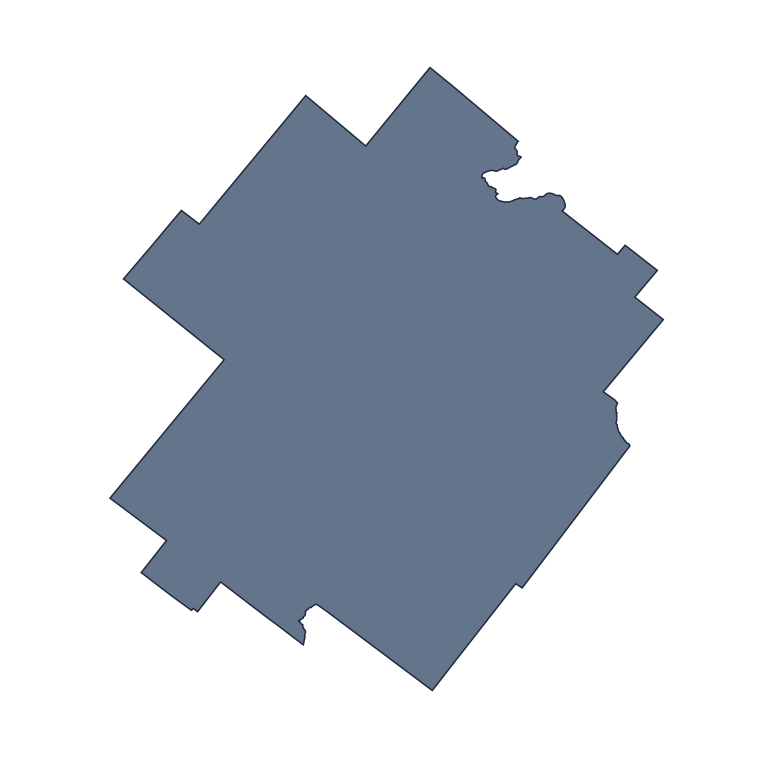 outline of Junín, Buenos Aires, Argentina, rotated 84°
{"feature_id": "61730980B70981491758335", "entity_name": "Junín", "entity_type": "district", "adm_level": 2, "iso_a3": "ARG", "parent_name": "Argentina", "parent_adm1": "Buenos Aires", "projection": "natural_earth1", "projection_center": [-61.022, -34.547], "detail": "fine", "context": "isolated", "style": "filled", "palette": "slate", "viewbox_px": 768, "rotation_deg": 84, "n_neighbors": 0, "source": "geoboundaries", "source_scale": "gbopen_adm2", "svg_char_len": 4365}
<svg xmlns="http://www.w3.org/2000/svg" viewBox="0 0 768 768"><g transform="rotate(84 384 384)"><path d="M349.1,99.5L323.9,125.5L299.6,100.3L271.2,129.7L279.4,138.3L230.6,188.7L230.3,188.1L229.7,187.6L228.4,186.3L227.5,185.6L225.9,185.1L223.9,185.1L222.5,185.5L220.6,185.8L218.9,186.5L216.9,187.4L216.0,188.2L215.2,188.9L214.7,190.2L214.7,191.5L214.6,192.5L214.2,193.6L213.5,194.6L212.5,196.1L212.0,197.6L211.6,198.9L211.4,200.4L211.7,202.0L212.5,203.3L213.4,204.4L214.0,205.7L214.2,206.7L214.0,207.8L214.0,208.9L213.8,209.8L214.5,210.9L215.4,212.4L215.9,213.4L215.9,213.9L215.8,215.1L215.5,215.9L214.8,216.6L214.4,217.6L214.3,218.3L213.9,219.0L213.6,219.9L214.0,220.8L214.2,221.7L214.1,223.1L214.0,224.7L214.1,226.6L213.6,228.4L213.0,229.4L213.8,231.3L214.1,232.7L214.4,234.8L215.0,236.3L215.5,237.8L215.8,239.5L216.0,241.8L215.7,243.1L215.6,244.7L215.3,246.0L214.8,247.4L214.4,248.4L213.8,250.0L213.4,250.9L212.5,251.7L211.9,252.2L211.0,252.7L210.2,253.2L209.4,253.6L208.6,253.4L208.0,252.7L207.7,252.3L207.1,251.9L206.9,251.2L206.7,250.8L206.2,251.3L206.0,251.9L205.6,252.5L205.0,253.1L204.2,253.0L203.4,252.5L202.4,252.3L201.6,252.8L201.1,253.7L200.6,254.6L200.0,255.6L198.9,256.8L198.6,257.9L198.2,259.1L197.4,259.7L196.3,259.9L195.1,260.3L194.3,260.8L193.4,261.6L192.3,262.1L191.3,262.0L190.5,262.0L189.7,262.6L189.2,263.3L189.4,264.1L189.5,265.1L188.7,265.0L187.8,264.8L186.9,264.7L185.8,264.3L185.2,263.8L184.7,262.7L184.2,261.6L183.8,260.4L183.5,259.0L182.9,256.9L182.8,255.2L182.9,253.9L183.4,252.4L183.9,251.1L184.2,249.6L183.9,248.5L183.3,247.5L183.1,246.1L182.7,244.7L182.2,243.9L181.9,242.9L182.4,242.4L182.9,241.8L183.2,240.9L183.2,240.1L183.0,239.4L182.4,237.8L181.6,236.0L181.0,234.5L180.5,233.1L180.0,231.6L179.5,230.1L178.8,228.9L177.3,227.9L175.9,227.2L174.7,226.3L174.3,225.8L173.7,224.9L172.6,223.9L172.0,224.6L171.7,225.6L171.3,226.2L170.7,227.1L169.5,227.8L168.2,227.4L167.1,227.3L165.7,227.5L164.6,228.1L164.0,228.8L163.5,229.2L162.9,229.2L162.2,229.0L161.3,228.7L160.5,228.2L159.6,227.5L158.8,226.7L158.4,226.4L157.2,226.1L156.9,225.7L156.7,225.1L97.2,282.3L74.1,305.2L145.4,377.3L89.0,431.7L205.7,551.0L190.2,567.4L222.4,600.7L252.3,632.1L343.2,540.5L468.9,668.5L516.9,616.7L546.2,645.2L572.7,617.2L589.0,599.1L587.2,597.2L591.0,593.2L563.8,567.2L603.3,525.5L614.8,512.9L635.0,491.6L634.4,491.3L633.5,491.0L632.6,490.7L631.6,490.4L630.5,490.2L629.2,489.6L628.3,489.5L627.3,489.1L626.5,488.9L625.9,489.0L624.9,489.1L623.9,488.6L623.1,488.0L622.1,487.9L620.8,488.3L620.1,488.3L619.8,489.1L619.4,489.5L618.6,489.4L618.0,489.5L617.4,489.9L616.4,490.1L615.2,489.9L614.7,490.0L614.3,490.8L613.7,491.6L613.0,491.9L612.2,492.2L611.7,492.4L611.7,493.0L611.1,493.7L610.7,493.4L610.4,492.9L610.2,492.2L609.4,492.0L609.2,491.2L609.2,490.5L608.7,489.6L608.2,488.8L607.5,488.6L606.8,488.4L606.5,487.8L606.5,487.2L605.8,486.7L605.0,486.4L604.2,486.0L603.5,485.9L602.8,486.0L602.2,486.0L601.7,485.8L601.4,485.4L601.2,484.9L600.7,484.4L600.6,483.8L600.1,483.1L599.6,482.7L599.2,482.2L598.8,481.9L598.7,481.3L598.7,481.0L598.7,480.3L598.6,479.6L597.9,479.0L597.5,478.7L597.4,478.2L597.0,477.7L596.8,477.1L596.7,476.5L596.6,476.0L596.3,475.5L596.1,475.0L596.1,474.6L596.0,474.1L603.4,465.5L693.9,368.0L668.3,343.4L596.4,273.9L601.3,267.9L471.2,145.9L470.9,146.1L470.6,146.3L470.2,146.3L469.8,146.3L469.5,146.6L469.1,146.7L468.8,147.0L468.8,147.4L468.5,148.2L468.1,148.7L467.5,149.0L467.1,149.2L466.8,149.4L466.1,149.7L466.0,150.1L465.7,150.2L465.5,150.5L465.2,150.8L464.9,150.7L464.5,150.9L464.3,151.3L463.9,151.4L463.4,151.4L462.8,151.7L462.4,151.8L462.0,152.2L461.6,152.7L461.0,153.2L460.4,153.5L459.8,153.8L459.1,153.9L458.4,154.2L458.0,154.2L457.3,154.7L456.8,155.0L456.0,155.4L455.4,155.7L454.6,155.8L453.7,155.9L453.0,156.0L452.2,156.2L451.6,156.3L451.1,156.5L450.0,156.5L449.3,156.3L448.5,156.5L448.2,156.9L447.6,157.3L447.2,157.4L446.6,157.2L445.5,156.8L445.1,156.6L444.6,156.4L443.7,156.3L443.0,156.2L442.2,156.3L441.6,156.0L440.8,155.9L439.7,155.8L439.1,155.9L438.5,156.2L437.9,155.8L437.6,155.3L437.2,155.3L436.7,155.6L435.8,156.1L435.0,155.9L434.1,155.8L433.4,155.8L432.8,156.1L432.3,156.0L431.7,155.8L431.2,155.8L430.7,155.5L429.8,155.0L429.3,154.9L428.7,154.7L428.4,154.3L427.9,153.9L427.2,153.8L426.6,154.2L426.0,154.8L425.3,155.2L424.7,155.6L424.3,155.8L414.7,166.7L349.1,99.5Z" fill="#64748b" stroke="#1e293b" stroke-width="1.5"/></g></svg>